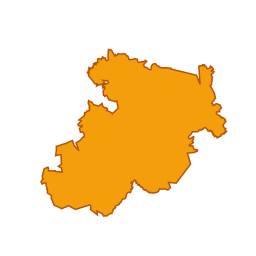 the district of Choix, Sinaloa, Mexico, rotated 77°
{"feature_id": "50627088B30969401121850", "entity_name": "Choix", "entity_type": "district", "adm_level": 2, "iso_a3": "MEX", "parent_name": "Mexico", "parent_adm1": "Sinaloa", "projection": "mercator", "projection_center": [-108.281, 26.663], "detail": "fine", "context": "isolated", "style": "filled", "palette": "amber", "viewbox_px": 256, "rotation_deg": 77, "n_neighbors": 0, "source": "geoboundaries", "source_scale": "gbopen_adm2", "svg_char_len": 5778}
<svg xmlns="http://www.w3.org/2000/svg" viewBox="0 0 256 256"><g transform="rotate(77 128 128)"><path d="M83.9,45.1L101.8,48.0L92.0,49.4L80.4,72.5L80.1,72.9L79.9,72.6L79.4,72.7L76.5,82.6L75.5,83.7L74.9,83.9L73.7,85.8L72.1,86.3L71.5,87.0L71.3,88.7L71.8,90.1L73.6,91.6L75.8,92.0L76.2,92.6L76.1,93.5L74.9,94.9L73.1,96.3L72.7,97.8L72.1,98.3L69.7,98.6L67.3,94.8L66.0,95.8L67.1,98.8L66.7,99.1L66.5,100.1L66.6,102.6L65.8,103.6L63.0,103.5L62.7,104.6L61.9,105.8L62.3,107.6L61.9,110.3L61.4,111.7L57.9,111.9L57.6,112.3L57.6,113.1L55.2,114.0L54.5,116.9L54.5,118.3L53.4,121.1L54.4,122.0L54.8,123.7L53.9,123.9L54.7,124.7L48.5,126.6L47.6,127.8L47.1,129.4L54.1,131.5L56.1,131.5L56.6,131.7L57.5,132.9L57.4,134.1L56.4,134.4L54.7,134.2L54.5,135.8L53.0,136.6L53.5,137.4L54.0,137.4L54.5,138.2L55.4,138.8L54.6,139.3L54.5,140.1L53.9,140.7L53.8,142.0L56.0,142.6L57.2,143.4L57.3,143.2L57.5,144.5L57.1,145.0L57.3,145.4L57.7,145.7L58.3,145.6L58.2,144.4L59.0,144.9L58.7,145.9L57.4,146.4L57.7,147.0L58.2,146.5L58.3,147.0L59.7,147.7L59.5,148.0L61.3,148.4L61.1,148.9L61.5,149.2L61.1,149.8L61.4,150.7L61.0,152.1L60.5,152.3L61.0,152.6L62.7,151.8L62.8,152.4L62.1,152.8L62.7,152.8L63.4,154.0L64.0,153.8L64.7,154.7L64.8,154.2L64.4,153.6L64.5,153.4L65.4,153.6L65.9,154.6L67.3,154.6L67.6,154.2L68.4,154.6L77.7,150.1L77.7,148.3L80.0,149.2L79.6,148.3L79.8,147.6L79.3,146.6L79.6,146.4L79.3,145.0L80.1,144.0L79.8,143.1L79.1,142.9L79.2,141.7L78.3,141.1L76.8,140.9L76.1,141.4L77.2,138.9L76.8,138.1L78.0,137.1L79.1,136.7L79.8,137.5L80.1,139.0L79.6,139.6L79.7,140.0L79.4,140.1L79.5,140.5L78.8,140.9L79.4,141.5L80.1,140.5L80.3,141.1L79.6,141.6L80.3,142.7L80.7,142.2L81.8,143.3L82.0,143.1L83.3,143.5L83.1,142.6L82.6,142.4L82.6,141.5L83.5,142.0L84.2,141.7L86.4,144.0L90.7,144.5L91.5,143.4L91.9,143.5L91.5,141.5L96.7,140.0L96.7,138.9L97.8,137.7L98.2,136.2L99.4,134.9L99.2,132.9L106.5,133.1L110.6,140.1L109.4,140.5L106.1,145.0L105.2,143.7L104.6,143.8L103.2,144.9L103.1,146.2L101.1,147.8L98.3,147.7L100.2,152.0L98.8,153.7L97.7,156.2L94.5,157.5L94.2,158.6L92.5,160.2L94.4,161.1L95.2,160.8L95.7,161.1L96.2,160.6L97.0,160.9L98.4,160.4L99.1,161.2L99.4,161.0L100.8,161.5L101.7,161.2L102.4,162.4L102.5,163.8L102.2,164.2L102.9,164.5L103.3,165.5L103.1,166.7L104.1,167.2L105.3,167.1L105.9,167.9L106.4,168.1L109.1,174.0L110.5,171.9L113.2,176.0L115.0,175.4L115.3,172.1L116.2,172.4L117.4,175.4L121.4,175.3L121.7,173.0L124.1,172.1L125.7,172.3L126.7,173.0L127.1,174.8L129.1,177.0L130.8,182.0L139.2,180.9L132.9,184.5L127.8,184.9L128.4,189.0L129.2,192.1L129.1,194.3L129.9,202.0L133.3,202.7L138.7,204.7L138.7,199.2L148.3,201.0L149.7,204.5L151.9,201.9L156.1,202.0L154.8,205.5L154.9,206.4L154.0,208.2L153.3,208.4L152.6,212.4L151.7,215.1L148.4,214.5L148.2,215.4L148.7,218.1L149.1,219.0L155.6,222.3L157.3,222.7L158.5,222.0L159.2,223.4L160.9,224.9L163.3,224.3L162.6,222.0L163.4,220.2L165.2,220.7L168.8,220.5L169.5,221.0L170.6,220.4L173.3,221.2L176.4,217.8L179.2,218.6L186.6,217.3L189.8,212.9L191.7,210.9L190.4,203.2L195.5,197.7L194.3,182.7L195.4,181.7L198.9,182.9L205.7,177.4L202.0,176.9L205.5,172.6L208.5,171.4L208.3,170.6L208.9,168.4L207.4,165.2L207.6,162.9L207.0,162.8L205.5,161.4L203.9,160.6L203.4,158.8L202.9,158.8L202.5,158.0L201.6,158.1L201.1,157.5L200.5,153.9L199.3,153.3L199.4,152.7L198.5,151.3L195.9,149.4L196.3,147.2L195.9,146.4L194.1,145.0L192.5,144.6L191.3,143.4L190.6,141.8L191.5,140.2L190.2,139.2L188.4,139.2L188.6,137.9L186.9,136.6L186.4,137.3L185.3,137.5L184.7,137.3L184.3,136.5L183.0,136.2L182.3,137.4L181.7,137.1L181.3,136.5L181.8,135.6L181.7,134.9L180.1,133.5L180.3,132.9L180.9,132.4L181.2,132.7L182.1,132.2L182.4,132.5L182.6,132.2L183.4,132.3L183.5,131.9L184.0,132.1L185.0,131.1L185.4,131.3L185.9,131.0L186.2,130.3L185.9,129.8L186.6,129.8L186.6,129.3L187.2,129.0L188.1,129.0L188.4,128.2L188.9,128.1L189.0,127.2L191.5,126.9L191.8,125.3L192.2,125.5L192.9,124.2L195.5,122.3L195.3,121.9L196.0,121.4L196.0,120.3L196.9,118.9L196.7,118.3L197.2,117.3L197.2,114.9L196.7,112.7L194.3,110.8L195.2,109.2L195.6,105.8L197.4,103.1L195.5,100.0L190.1,100.8L192.6,93.5L177.2,75.1L165.8,75.8L166.8,68.6L166.3,68.1L166.4,66.0L166.0,65.5L165.0,65.3L163.7,68.1L163.1,68.7L160.2,68.8L159.5,69.5L159.6,71.6L158.8,72.2L158.2,72.0L157.3,68.4L156.7,67.6L156.3,67.6L156.0,68.2L155.3,68.5L153.6,66.8L151.3,66.0L151.2,66.3L152.4,69.9L152.2,70.6L151.6,71.2L150.8,71.2L149.7,70.6L148.3,68.1L146.1,66.0L146.8,63.8L146.7,62.9L147.3,61.6L147.0,59.9L145.9,59.1L146.1,58.0L146.5,57.6L145.9,57.1L146.3,56.6L145.9,56.3L146.1,55.2L144.9,53.8L145.0,52.5L147.0,51.2L148.8,50.9L148.7,49.1L149.5,49.4L149.4,47.6L150.5,47.5L150.6,46.9L151.0,46.9L151.3,46.2L151.2,46.7L152.0,46.9L152.7,46.2L153.3,46.7L153.7,46.7L153.7,46.0L154.3,46.1L155.4,45.6L155.4,45.2L155.8,45.4L155.7,44.7L156.2,43.6L157.3,43.4L156.8,43.1L157.2,42.7L157.2,42.0L157.5,41.8L156.7,40.1L156.8,39.5L155.9,39.2L156.1,38.7L155.4,38.1L155.3,36.8L154.3,35.6L154.2,35.1L154.9,35.2L154.3,34.4L154.3,33.7L153.3,32.8L152.6,33.9L151.8,33.5L150.8,33.6L150.4,33.0L149.7,34.1L147.1,34.9L145.7,33.8L143.6,31.1L143.2,31.1L142.5,31.9L141.5,31.3L139.6,32.8L139.7,33.2L139.1,33.4L139.2,34.3L138.6,34.4L138.7,35.0L137.1,35.4L137.0,35.8L136.3,36.1L136.1,37.0L133.8,38.7L132.3,38.1L132.7,35.0L131.4,35.2L129.4,32.5L128.5,32.9L126.4,33.0L125.9,34.0L125.0,34.8L124.2,36.6L124.4,37.4L125.1,38.2L125.2,39.6L124.5,40.3L123.9,39.9L122.6,40.7L121.4,39.6L120.8,38.4L119.3,37.1L118.7,36.1L113.8,36.0L105.1,38.4L105.1,37.7L104.2,36.7L102.9,36.6L101.6,35.7L98.8,35.0L97.5,34.3L94.8,34.9L94.1,34.4L93.9,33.0L92.6,31.6L91.5,32.7L91.4,33.8L91.0,34.0L90.1,31.6L89.6,31.9L89.1,31.7L87.3,32.7L87.5,33.5L86.4,33.8L87.8,34.7L88.3,36.4L88.1,37.4L87.5,37.9L87.0,37.7L85.1,38.4L85.0,39.2L84.1,39.7L84.3,40.7L84.0,40.8L83.5,40.0L83.4,40.8L83.1,41.1L83.5,41.3L84.1,42.7L83.5,43.8L83.9,45.1Z" fill="#f59e0b" stroke="#b45309" stroke-width="1.5"/></g></svg>